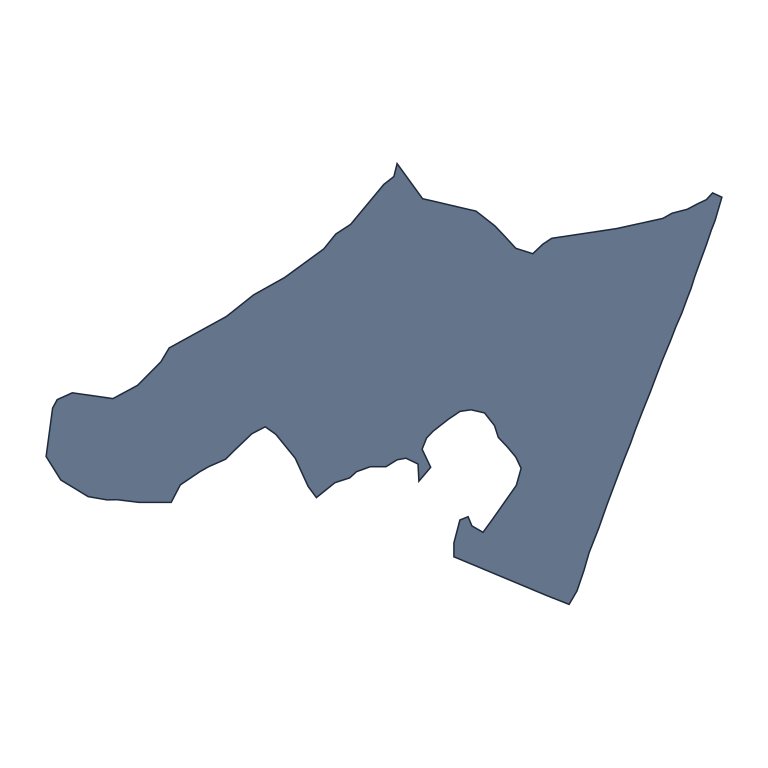 the district of Tramandaí, Rio Grande do Sul, Brazil
{"feature_id": "56859067B87870608767085", "entity_name": "Tramandaí", "entity_type": "district", "adm_level": 2, "iso_a3": "BRA", "parent_name": "Brazil", "parent_adm1": "Rio Grande do Sul", "projection": "mercator", "projection_center": [-50.215, -30.032], "detail": "fine", "context": "isolated", "style": "filled", "palette": "slate", "viewbox_px": 768, "rotation_deg": 0, "n_neighbors": 0, "source": "geoboundaries", "source_scale": "gbopen_adm2", "svg_char_len": 1434}
<svg xmlns="http://www.w3.org/2000/svg" viewBox="0 0 768 768"><path d="M569.1,604.4L577.0,590.9L583.9,570.7L589.1,552.7L598.8,528.1L607.1,504.5L617.3,477.3L624.1,459.4L630.6,443.2L635.1,430.5L642.5,411.4L650.0,392.8L656.3,376.1L662.4,360.2L670.2,341.5L675.9,326.7L681.8,313.2L687.4,297.9L691.0,288.7L694.6,277.1L700.2,261.6L706.3,245.0L711.3,230.2L715.1,220.5L721.9,197.2L712.6,192.9L706.3,199.7L697.8,203.7L687.2,209.3L672.1,213.2L662.8,218.4L616.4,228.6L551.7,238.3L542.9,244.1L532.8,253.7L515.8,248.3L505.5,237.1L494.9,225.9L476.0,211.1L459.0,207.2L434.5,201.4L422.6,198.7L397.1,163.6L393.9,176.5L383.8,184.4L350.6,224.4L335.8,234.0L323.8,248.9L284.6,277.5L253.7,294.8L226.5,316.4L169.2,347.9L160.9,361.8L137.6,385.3L112.9,398.6L72.3,392.8L57.2,399.6L52.6,408.1L46.1,456.5L60.8,480.0L88.1,496.6L107.0,499.9L117.1,499.7L139.2,502.4L171.2,502.4L180.3,484.9L199.8,471.7L208.6,466.7L216.8,463.1L225.6,459.2L233.9,450.9L251.9,433.7L265.2,426.8L275.8,434.3L295.2,458.2L308.1,486.4L316.4,497.6L334.9,482.7L349.7,477.9L356.5,471.7L370.3,466.7L386.0,466.7L397.1,459.8L405.9,458.2L418.0,464.0L418.9,481.2L430.7,467.3L422.1,449.2L426.6,438.0L433.1,431.2L448.3,419.3L460.0,411.4L471.0,409.8L484.5,412.9L494.5,425.6L498.3,437.4L507.3,446.9L515.8,457.1L521.1,468.3L516.3,485.4L492.7,519.0L483.0,532.3L471.9,525.9L468.1,516.7L459.9,520.0L453.9,542.9L453.9,556.8L547.0,595.7L569.1,604.4Z" fill="#64748b" stroke="#1e293b" stroke-width="1.5"/></svg>